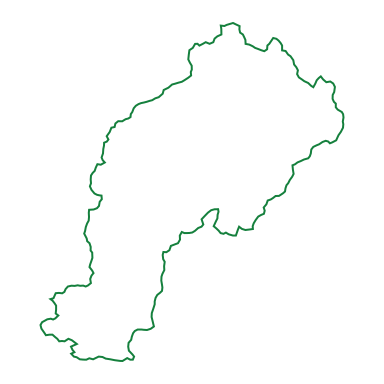 outline of Pedro de Toledo, São Paulo, Brazil
{"feature_id": "56859067B2977467796065", "entity_name": "Pedro de Toledo", "entity_type": "district", "adm_level": 2, "iso_a3": "BRA", "parent_name": "Brazil", "parent_adm1": "São Paulo", "projection": "robinson", "projection_center": [-47.172, -24.178], "detail": "fine", "context": "isolated", "style": "outline", "palette": "green", "viewbox_px": 384, "rotation_deg": 0, "n_neighbors": 0, "source": "geoboundaries", "source_scale": "gbopen_adm2", "svg_char_len": 4128}
<svg xmlns="http://www.w3.org/2000/svg" viewBox="0 0 384 384"><path d="M122.5,361.0L127.2,358.1L130.3,359.7L132.8,359.7L134.1,356.6L132.5,354.5L128.9,350.7L128.2,346.7L128.6,342.8L131.2,339.8L131.8,336.8L133.1,333.2L134.8,331.0L137.7,329.5L141.2,329.5L143.8,329.8L147.0,330.0L150.7,328.8L153.9,326.5L152.7,321.5L151.6,317.0L151.8,313.1L153.2,309.0L154.7,304.3L154.7,301.4L155.6,297.8L157.3,294.9L160.0,292.8L162.0,290.9L162.4,287.5L162.0,284.7L161.3,280.6L161.5,276.6L162.4,273.9L164.3,270.1L164.1,266.2L164.7,261.8L163.2,259.2L162.7,255.0L163.4,252.0L166.4,252.2L169.4,250.2L170.9,245.9L175.3,244.2L178.0,243.2L180.0,239.6L179.8,235.6L181.8,232.0L184.4,233.1L189.2,233.0L192.3,232.5L194.9,230.9L198.2,228.0L201.5,226.7L203.3,224.5L201.6,219.3L205.2,215.5L208.0,212.6L211.2,210.2L214.5,209.3L218.1,209.2L218.5,211.8L217.6,214.8L217.4,218.4L215.8,221.6L213.7,226.2L216.2,228.3L218.7,230.7L220.6,233.1L223.5,233.8L225.9,232.6L228.7,234.3L232.8,235.5L235.9,235.5L237.9,229.7L239.1,226.7L241.9,228.9L245.4,230.0L250.3,229.4L252.9,229.0L252.7,226.2L253.7,223.3L255.7,220.0L258.2,216.6L261.2,214.9L263.9,213.8L264.7,210.7L263.7,207.5L266.4,204.3L267.7,200.5L270.7,199.5L272.9,198.1L275.6,196.0L279.0,195.9L281.0,194.6L283.1,193.2L285.0,191.5L285.5,188.3L286.5,185.2L288.2,183.2L289.8,180.0L292.2,176.7L293.6,173.9L292.9,169.6L292.5,165.3L295.0,164.3L297.5,162.4L300.7,161.1L304.0,159.5L308.2,158.3L309.8,156.3L310.8,153.5L311.3,149.5L313.3,146.9L316.6,145.3L319.1,144.3L322.5,142.0L325.7,140.8L328.2,141.5L329.9,143.3L332.2,142.4L336.2,140.3L337.3,137.8L338.5,135.2L340.9,131.8L343.0,127.7L343.3,124.2L342.8,121.6L343.5,117.5L343.1,114.2L341.8,112.0L337.7,109.6L335.8,107.3L335.8,103.6L333.9,101.8L332.6,98.9L332.7,95.0L334.2,92.0L334.9,86.9L333.2,83.5L330.3,81.5L326.3,82.2L323.1,79.4L320.8,76.4L318.7,78.1L316.7,80.3L315.3,83.6L313.3,87.2L311.1,85.8L308.2,83.0L304.3,81.2L302.0,79.5L298.9,77.4L297.1,74.1L297.9,70.3L296.3,67.2L294.1,64.5L293.3,60.2L290.5,56.2L288.1,54.6L285.6,51.0L282.1,50.4L282.1,45.5L280.6,43.0L278.6,40.6L276.4,38.8L273.2,38.0L269.3,43.8L267.4,45.5L267.1,49.3L264.3,51.2L261.2,50.2L257.9,48.9L255.1,47.9L252.8,46.3L249.3,44.6L245.6,43.9L245.4,39.9L244.2,37.2L242.9,34.5L240.1,32.6L239.4,29.4L239.6,26.1L235.7,24.3L233.0,23.0L226.7,24.9L224.4,26.0L220.8,25.6L221.3,28.8L221.4,34.5L217.4,36.3L214.6,38.6L213.3,42.2L209.6,43.8L205.7,42.2L202.9,43.8L199.4,45.6L197.5,43.8L195.1,43.9L192.8,47.9L189.4,50.2L188.8,54.6L188.3,59.4L189.9,62.7L191.7,65.7L191.8,69.6L190.8,72.0L191.1,75.5L188.3,77.7L184.3,80.3L181.8,81.8L178.7,82.6L175.1,83.7L172.1,84.5L168.4,87.7L163.7,90.0L162.7,93.7L158.7,97.2L155.3,98.3L152.2,100.2L149.5,100.9L146.7,101.8L144.0,102.5L141.1,103.1L138.5,104.1L135.8,105.8L133.7,108.3L132.3,112.0L130.8,114.1L130.5,117.1L128.3,118.5L125.6,119.2L122.2,121.3L118.2,121.2L115.4,123.5L114.6,127.0L111.4,127.7L109.7,132.0L106.7,136.2L108.4,139.5L106.8,141.6L104.1,142.7L104.0,145.6L103.3,149.0L103.0,153.4L101.6,157.5L102.7,160.2L104.8,162.5L100.8,164.7L97.4,164.2L95.8,167.6L94.7,170.9L92.7,172.9L91.0,175.5L90.7,179.5L91.0,183.3L89.9,186.3L91.5,189.9L94.5,193.5L97.0,194.8L99.2,195.3L101.5,195.6L101.8,199.2L99.7,201.8L99.0,205.9L97.0,208.2L93.6,209.5L89.1,209.8L88.8,212.8L89.0,217.0L88.7,220.6L87.1,223.5L85.8,227.1L85.1,230.9L84.2,233.6L86.7,238.5L87.2,241.2L89.5,243.2L90.7,246.9L90.6,250.5L92.2,252.6L92.4,257.9L91.3,261.2L90.1,264.6L89.5,267.1L92.2,270.6L93.5,273.1L91.5,275.6L90.2,279.0L90.9,283.1L87.9,285.5L85.7,286.5L83.2,285.6L80.2,285.8L77.7,285.3L74.7,285.9L71.5,285.7L67.9,286.5L65.6,289.1L64.4,291.9L62.2,293.3L58.9,292.9L55.7,293.2L53.5,298.2L50.5,299.1L52.6,300.7L54.5,303.2L56.1,305.6L56.1,309.7L55.7,313.5L58.3,315.5L55.3,318.4L53.1,319.5L50.8,318.7L47.3,319.3L42.1,322.2L40.5,325.0L41.4,328.6L44.2,332.6L45.9,335.2L49.4,334.7L52.5,334.7L55.2,337.1L57.3,338.8L59.2,341.3L62.0,341.0L64.6,341.3L68.4,338.8L71.8,340.2L76.8,344.0L71.0,346.6L72.5,349.9L74.4,352.2L71.2,353.7L73.9,356.6L76.6,357.2L79.8,359.3L83.2,359.6L86.3,359.7L89.3,358.3L93.1,359.3L98.7,356.6L102.5,357.0L105.7,358.6L110.3,359.3L114.8,360.2L120.0,360.9L122.5,361.0Z" fill="none" stroke="#15803d" stroke-width="2"/></svg>